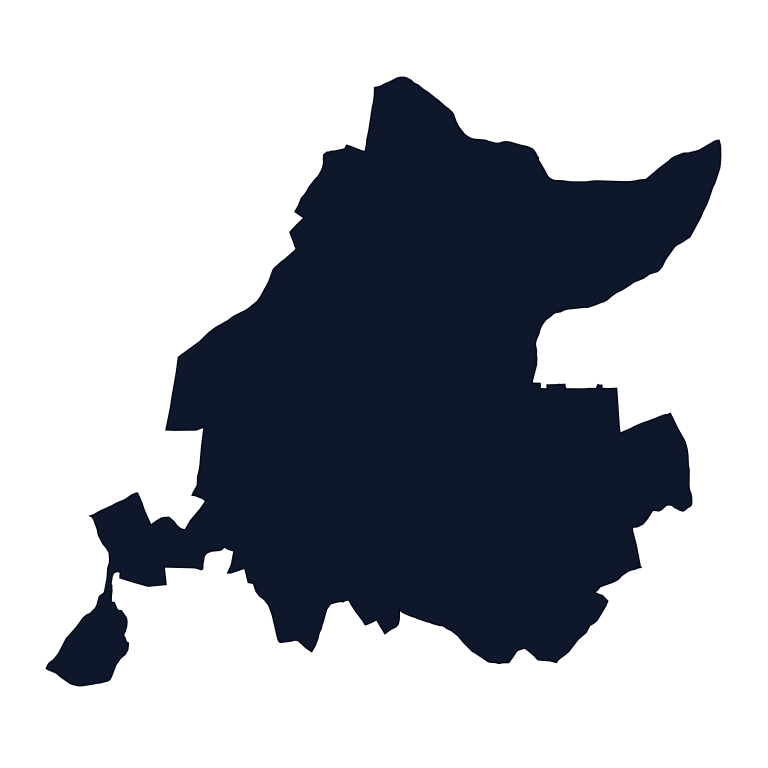 the district of Ploscos, Cluj, Romania, rotated 91°
{"feature_id": "2599482B49200001700985", "entity_name": "Ploscos", "entity_type": "district", "adm_level": 2, "iso_a3": "ROU", "parent_name": "Romania", "parent_adm1": "Cluj", "projection": "equal_earth", "projection_center": [23.828, 46.646], "detail": "fine", "context": "isolated", "style": "filled", "palette": "ink", "viewbox_px": 768, "rotation_deg": 91, "n_neighbors": 0, "source": "geoboundaries", "source_scale": "gbopen_adm2", "svg_char_len": 6103}
<svg xmlns="http://www.w3.org/2000/svg" viewBox="0 0 768 768"><g transform="rotate(91 384 384)"><path d="M562.8,123.9L561.6,124.7L540.3,129.2L527.0,132.9L522.7,133.4L522.6,130.5L522.2,128.1L519.3,122.6L514.2,118.5L505.8,113.4L505.4,112.3L506.0,107.8L505.7,106.1L504.5,104.2L500.1,99.5L499.8,95.9L500.2,93.9L502.5,91.0L503.3,89.0L505.1,85.6L505.6,83.5L505.6,82.4L504.4,80.6L502.2,78.3L500.9,75.9L499.3,74.6L496.6,74.3L491.7,74.6L488.3,75.3L484.4,76.9L480.2,77.4L464.1,77.5L460.0,78.4L449.7,79.0L443.4,80.0L436.5,82.0L424.4,89.1L408.4,97.3L409.7,99.6L409.9,102.1L410.6,104.4L416.8,119.3L417.2,120.8L420.1,128.1L422.7,133.7L424.3,136.2L428.0,144.5L429.0,146.4L429.8,147.2L420.1,148.4L384.4,151.4L384.8,158.4L384.8,166.1L381.5,166.2L381.6,168.5L381.0,170.1L384.9,171.5L385.0,178.6L385.5,183.1L385.8,202.4L381.3,203.3L381.6,208.0L381.4,209.3L381.8,210.7L382.2,220.9L386.1,220.7L386.1,227.7L380.7,228.0L380.7,236.1L377.3,235.6L362.4,232.0L355.8,231.8L351.7,232.3L348.6,232.1L341.4,233.5L337.2,232.7L331.8,230.4L326.9,229.2L322.3,227.3L316.9,223.5L313.9,219.4L310.5,215.7L309.5,213.9L308.6,208.8L306.5,204.7L305.7,201.4L303.6,184.6L303.7,181.7L300.9,173.8L298.1,167.4L297.8,165.6L297.4,165.7L296.4,163.1L292.3,158.5L288.3,153.1L285.9,148.2L281.3,141.0L277.6,136.0L273.5,126.3L269.3,120.7L266.6,112.5L265.4,111.1L262.1,108.4L253.5,104.1L241.6,95.9L239.6,93.4L236.5,87.9L231.3,80.6L211.6,70.4L205.2,67.8L198.7,64.7L192.9,62.5L180.9,58.7L177.8,57.0L163.0,52.4L159.4,51.8L150.9,51.4L141.3,51.7L138.6,52.1L134.5,53.4L135.0,56.2L135.9,58.2L144.7,72.6L146.3,77.5L147.1,81.0L147.8,82.8L148.1,88.5L151.8,97.5L153.9,100.8L156.0,102.8L162.4,111.0L175.1,125.6L175.5,130.8L176.8,136.5L177.5,141.6L177.7,147.9L177.3,173.9L177.6,179.0L178.6,185.7L178.8,198.4L178.7,202.0L177.8,209.5L177.8,215.1L177.3,218.6L175.4,222.2L173.6,224.0L166.9,227.7L157.2,233.7L155.1,233.6L153.9,234.7L149.7,236.9L147.0,239.0L145.8,241.1L144.2,245.2L143.1,251.0L139.9,263.0L139.7,266.5L140.1,269.3L141.5,273.5L141.4,276.9L139.6,284.2L138.6,286.7L137.8,298.0L137.4,300.1L136.3,302.9L134.7,305.6L132.5,308.4L125.5,314.0L119.9,316.9L113.2,319.3L110.9,321.0L107.7,324.6L105.2,328.2L98.6,335.8L98.6,336.3L92.1,344.6L88.3,350.6L84.6,355.1L82.9,359.1L79.8,362.4L77.9,366.3L77.2,368.5L77.0,371.8L77.6,374.9L78.2,376.8L81.7,383.0L84.2,388.9L85.8,391.4L86.9,393.9L87.9,398.5L94.2,398.5L102.1,399.2L106.5,400.2L131.0,403.5L140.1,405.3L144.9,405.6L152.3,407.0L151.1,411.1L147.1,421.8L146.0,425.5L149.6,427.2L152.0,436.8L152.5,441.3L153.3,443.4L153.2,444.9L155.9,448.2L160.2,448.4L164.0,448.1L169.1,449.2L172.2,450.4L177.2,453.2L181.5,457.0L188.4,462.2L193.7,465.0L197.1,467.5L199.3,469.6L206.7,472.4L213.3,475.9L219.3,466.8L227.7,475.1L233.8,480.6L237.8,479.2L242.8,477.0L247.8,475.3L249.9,474.0L252.1,475.3L253.7,477.1L261.5,485.6L263.6,488.5L270.5,496.0L272.0,496.9L283.6,500.9L286.8,502.5L299.0,508.9L303.6,512.0L310.8,520.6L312.9,523.6L318.5,534.4L320.5,537.5L323.3,540.9L330.5,553.2L335.9,560.1L345.1,569.2L360.8,590.0L376.5,591.8L402.1,595.8L411.0,596.9L433.6,601.1L433.8,593.3L433.2,571.1L430.1,563.1L448.5,565.1L467.8,566.4L474.3,567.3L479.7,568.6L488.5,568.8L495.2,572.4L498.6,573.7L498.6,571.6L501.3,563.9L502.5,561.9L504.2,560.2L511.8,565.1L524.1,575.1L533.3,580.2L533.2,582.1L532.0,585.4L529.0,588.9L525.6,591.4L521.1,596.7L521.5,602.0L522.2,604.7L525.3,609.4L529.3,614.6L514.6,621.5L507.4,624.0L497.5,628.5L497.4,629.6L499.4,634.3L504.3,641.0L507.8,649.1L510.6,653.9L515.8,665.1L519.9,672.1L521.0,675.3L521.6,674.0L522.6,673.0L524.5,671.8L534.4,668.0L539.4,667.0L540.9,666.4L548.8,662.1L552.3,658.9L557.5,655.7L563.7,655.2L567.5,655.3L572.6,656.8L583.9,657.5L596.5,659.7L598.4,660.7L600.5,663.8L601.9,665.0L610.0,667.0L612.9,668.3L617.9,672.9L619.1,674.6L620.1,677.0L623.2,680.7L632.3,686.9L644.1,697.1L659.3,704.6L665.6,709.6L668.8,713.7L671.0,715.2L674.2,716.6L674.8,716.0L675.6,714.2L678.6,706.7L682.6,701.8L688.6,692.9L689.5,690.8L690.7,685.8L691.0,683.2L690.8,680.6L689.2,670.7L688.2,666.5L687.7,662.4L685.6,655.2L684.3,653.1L681.3,651.5L669.8,647.4L663.2,643.1L658.7,638.1L654.1,635.6L648.5,635.1L647.2,635.4L646.8,637.1L642.6,638.5L640.3,639.9L638.7,639.9L635.7,638.5L630.9,637.2L626.3,636.9L622.5,637.5L615.5,642.5L615.2,643.7L615.5,645.2L613.6,647.2L607.3,650.0L606.9,653.1L600.4,653.0L595.3,652.5L591.5,652.9L590.6,652.6L589.3,653.4L588.0,653.5L580.4,652.4L577.6,651.1L576.4,648.8L576.1,647.1L576.6,644.3L582.3,644.6L586.2,631.6L590.2,616.3L588.2,598.5L570.7,600.7L570.9,570.5L571.6,567.0L572.7,563.9L572.7,563.1L572.0,562.3L570.8,562.0L567.4,562.2L565.0,561.6L559.6,560.9L557.2,559.5L555.5,557.2L554.0,553.6L553.2,546.1L552.6,544.0L551.5,542.5L549.5,541.1L551.9,536.9L553.6,530.7L556.0,531.4L567.3,533.3L575.6,536.9L575.4,533.5L570.4,519.9L584.7,516.2L585.6,511.0L593.4,508.3L598.0,504.8L601.4,500.0L607.3,495.2L617.0,491.6L640.5,485.7L642.7,484.8L644.1,483.2L642.7,473.3L641.5,468.1L641.7,466.3L642.1,465.2L649.0,457.4L652.8,451.7L646.9,448.4L640.1,445.9L633.7,444.5L629.9,442.6L626.5,442.0L622.6,440.7L610.3,437.6L605.3,434.1L604.5,433.2L602.9,427.8L602.1,424.0L602.4,421.2L601.4,419.6L600.5,416.0L601.4,414.7L604.6,413.1L610.9,408.9L621.0,401.0L625.0,398.6L624.3,396.4L622.0,391.3L619.7,387.3L633.6,378.7L630.4,374.7L628.7,372.2L626.5,367.7L623.9,365.8L621.3,365.1L618.0,364.7L610.0,364.8L609.8,364.2L611.2,362.4L612.9,359.4L615.7,352.4L616.5,349.1L617.8,346.1L620.5,338.0L621.4,334.0L622.6,331.0L624.3,324.4L624.6,320.7L627.5,316.4L629.0,312.7L634.6,305.3L640.8,300.1L649.9,290.7L650.7,288.9L659.7,274.9L660.2,273.1L660.5,267.2L661.2,265.0L661.2,263.4L660.5,260.4L660.3,254.5L655.2,250.8L649.5,247.3L648.5,246.4L647.4,244.5L645.6,239.2L646.3,237.4L648.3,234.7L653.0,229.0L655.8,226.5L656.9,225.0L657.2,223.4L657.7,213.5L659.3,206.7L657.6,205.8L655.7,204.0L651.9,199.0L648.3,194.8L635.7,185.4L628.9,177.7L621.4,173.9L621.3,173.2L619.0,169.6L616.5,166.9L602.2,158.6L597.1,156.6L591.7,162.0L590.8,165.4L588.4,170.4L586.7,167.4L582.9,164.5L578.2,152.1L576.2,148.1L574.4,145.6L572.4,144.1L571.2,142.8L568.9,139.8L566.7,136.3L565.4,133.2L564.8,130.2L563.3,126.7L562.8,123.9Z" fill="#0f172a" stroke="#020617" stroke-width="1.5"/></g></svg>